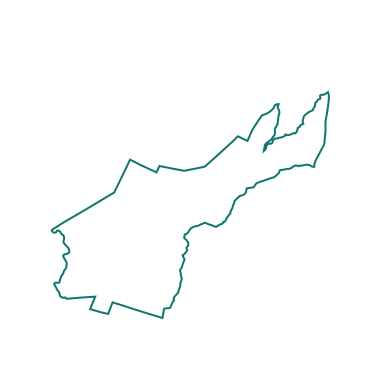 Kasarani, Nairobi, Kenya, rotated 136°
{"feature_id": "3690345B25272410242240", "entity_name": "Kasarani", "entity_type": "district", "adm_level": 2, "iso_a3": "KEN", "parent_name": "Kenya", "parent_adm1": "Nairobi", "projection": "orthographic", "projection_center": [36.978, -1.252], "detail": "fine", "context": "isolated", "style": "outline", "palette": "teal", "viewbox_px": 384, "rotation_deg": 136, "n_neighbors": 0, "source": "geoboundaries", "source_scale": "gbopen_adm2", "svg_char_len": 4467}
<svg xmlns="http://www.w3.org/2000/svg" viewBox="0 0 384 384"><g transform="rotate(136 192 192)"><path d="M120.3,200.2L127.9,200.1L147.9,200.7L165.0,201.3L169.2,203.8L182.8,212.6L185.4,216.2L188.4,220.4L197.4,233.3L203.9,230.8L210.7,248.3L211.6,251.2L214.1,258.3L219.4,256.3L224.7,254.3L233.2,251.2L239.4,248.9L244.1,247.2L248.3,245.7L251.8,246.5L254.1,247.1L273.4,251.5L288.4,255.1L296.1,257.0L304.6,259.1L319.3,262.1L320.0,260.6L319.8,259.2L319.0,258.0L317.6,257.4L316.1,258.0L314.6,256.7L314.5,254.7L315.0,253.2L314.8,251.5L314.6,250.2L314.9,249.2L315.9,247.9L317.2,246.7L318.5,246.0L319.6,244.6L319.8,242.8L319.9,241.0L319.8,238.8L319.9,237.3L320.3,236.2L321.4,234.5L322.6,233.9L323.9,234.0L326.0,235.1L327.5,235.9L329.1,235.5L329.9,233.5L330.4,231.8L330.6,230.5L330.9,228.8L332.0,227.4L333.5,226.1L334.6,225.3L335.9,224.7L337.2,224.5L338.4,224.3L339.8,223.7L341.1,222.9L342.4,222.6L344.1,222.4L345.4,221.8L347.1,221.0L348.2,220.5L349.3,219.4L350.9,219.2L352.1,220.5L353.3,221.8L355.1,221.6L355.7,219.4L356.1,217.6L356.9,215.8L357.1,214.6L357.0,213.3L357.5,211.5L359.0,209.2L359.2,207.9L358.8,206.6L357.8,205.2L356.4,204.1L356.4,202.3L345.0,193.0L336.0,185.4L334.3,184.0L346.6,178.5L341.3,169.2L340.5,167.9L337.0,162.5L333.7,164.1L325.8,167.8L321.5,159.9L318.4,154.2L315.4,148.4L310.7,139.8L300.8,121.9L299.0,123.2L297.5,124.3L296.2,125.1L295.3,125.8L294.4,126.8L293.0,127.3L291.5,126.4L289.3,124.4L287.9,123.9L281.9,126.5L280.3,126.4L279.5,127.4L278.5,128.7L276.9,128.9L275.1,129.0L273.5,129.1L272.4,129.1L266.4,132.3L265.2,132.8L264.1,134.3L262.5,135.1L260.2,136.3L258.9,137.6L258.2,139.3L257.4,140.4L256.1,142.0L255.4,143.5L254.3,144.3L253.0,144.5L251.8,144.8L249.1,146.4L245.2,148.2L244.1,148.8L243.3,151.7L242.7,153.1L241.1,152.7L239.8,152.7L238.0,152.9L235.6,153.6L235.0,155.6L233.9,156.0L232.4,155.9L230.5,157.4L229.7,158.6L229.4,161.2L229.5,163.0L229.5,164.4L228.7,165.2L227.7,165.5L226.7,166.5L225.1,165.7L223.7,165.6L222.1,165.8L219.9,166.5L218.3,166.6L216.7,166.4L214.9,165.7L213.1,164.9L212.0,163.9L210.3,163.3L207.2,162.2L204.2,161.0L203.4,159.7L202.9,158.1L201.8,156.1L200.6,153.6L199.7,151.5L198.9,150.3L197.7,149.9L195.8,149.5L193.9,148.9L192.4,148.2L191.0,148.1L190.1,148.7L189.0,147.9L187.7,148.3L186.5,148.4L185.6,149.2L184.3,149.2L182.7,149.6L181.2,149.9L179.5,149.8L177.6,151.3L175.6,151.9L173.9,152.5L172.5,153.4L171.5,154.0L170.2,154.4L168.6,155.2L167.8,156.0L160.6,156.0L158.7,155.0L157.1,154.2L156.0,154.0L154.6,154.1L153.2,154.5L151.6,155.6L150.1,156.5L147.1,154.6L144.5,152.6L142.9,152.9L141.6,153.2L140.2,153.4L138.6,153.2L136.4,152.2L134.5,151.3L125.1,146.9L122.4,145.4L121.2,145.4L117.7,145.3L115.9,145.4L114.5,146.4L113.2,146.5L112.1,145.5L109.5,143.7L107.6,142.7L106.6,141.5L104.9,140.7L103.7,140.2L102.4,140.1L100.5,139.8L99.2,139.1L98.3,138.3L97.3,136.5L95.8,135.8L95.0,135.0L94.2,134.3L92.7,133.4L90.9,132.4L89.9,131.0L89.0,130.2L88.4,128.4L88.2,127.3L87.4,126.0L86.5,125.2L85.5,126.2L84.5,127.2L83.4,127.7L79.7,129.3L73.8,131.1L70.8,132.2L68.2,133.1L65.4,133.9L62.9,135.0L60.5,137.3L54.0,142.7L48.5,148.5L45.8,150.9L42.7,153.1L39.8,155.2L33.8,159.8L29.9,163.0L28.8,164.0L26.2,166.7L24.8,169.4L26.3,169.5L27.4,169.8L28.9,170.3L30.4,170.9L31.3,172.0L32.3,172.5L33.4,172.1L33.8,170.9L34.8,170.0L36.7,170.8L38.7,170.8L39.9,170.2L41.3,170.5L42.3,169.7L43.8,168.4L45.3,168.0L46.7,167.7L48.4,166.9L50.2,167.6L51.8,168.1L53.4,168.5L55.4,168.7L56.6,168.8L59.7,168.5L60.5,167.7L61.8,167.0L63.2,166.0L64.0,164.9L64.5,163.7L65.9,164.2L67.8,164.8L69.1,164.0L70.6,164.3L71.7,164.5L73.3,163.3L74.6,162.9L75.7,162.4L77.0,162.5L77.8,163.5L79.1,164.2L80.6,164.7L81.7,165.2L82.8,165.6L84.3,167.1L84.8,168.4L86.3,167.9L87.5,168.2L89.1,168.8L91.9,170.7L93.5,171.3L94.4,172.2L95.4,172.9L96.6,173.0L98.0,172.8L99.0,172.2L100.0,171.6L101.2,171.6L102.2,172.3L103.6,173.8L105.3,173.8L106.3,173.3L107.5,173.0L108.3,172.1L110.0,171.6L111.8,171.7L106.9,175.1L105.2,175.5L103.0,175.2L100.0,174.8L98.5,174.6L97.0,175.0L95.4,175.5L94.0,175.4L92.7,175.8L91.1,177.0L90.3,178.0L89.3,179.2L87.9,180.2L86.2,180.3L85.1,181.0L83.4,181.4L82.2,182.3L81.2,183.2L80.0,184.2L78.8,184.9L78.0,185.8L76.0,187.2L74.5,187.9L73.2,189.3L72.4,191.0L72.0,192.4L71.5,193.6L70.2,194.3L68.7,195.0L69.9,196.2L71.7,196.7L73.1,196.5L74.6,195.8L76.1,195.6L77.7,195.6L79.3,195.7L81.6,195.9L83.7,196.5L86.7,197.7L88.2,198.5L92.3,197.8L97.6,196.6L103.1,195.4L105.7,194.6L106.8,194.3L112.2,192.0L114.7,191.0L116.6,190.2L120.3,200.2Z" fill="none" stroke="#0f766e" stroke-width="2"/></g></svg>